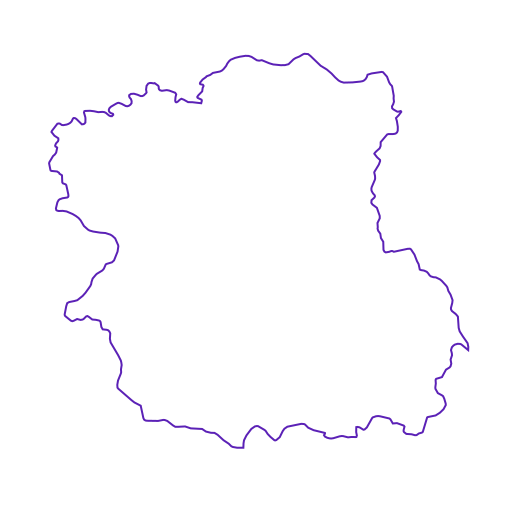 the district of Quy Hop, Nghệ An, Vietnam, rotated 262°
{"feature_id": "81297802B66096195927531", "entity_name": "Quy Hop", "entity_type": "district", "adm_level": 2, "iso_a3": "VNM", "parent_name": "Vietnam", "parent_adm1": "Nghệ An", "projection": "natural_earth1", "projection_center": [105.167, 19.322], "detail": "fine", "context": "isolated", "style": "outline", "palette": "violet", "viewbox_px": 512, "rotation_deg": 262, "n_neighbors": 0, "source": "geoboundaries", "source_scale": "gbopen_adm2", "svg_char_len": 5972}
<svg xmlns="http://www.w3.org/2000/svg" viewBox="0 0 512 512"><g transform="rotate(262 256 256)"><path d="M170.5,445.9L174.2,442.4L175.9,441.7L177.4,441.8L182.2,443.8L184.9,444.5L190.6,443.3L194.7,441.6L198.3,441.1L200.0,440.3L205.4,436.6L207.2,435.0L209.8,431.1L210.3,428.8L211.5,426.3L212.7,425.2L214.9,424.1L216.6,422.9L218.2,420.3L219.1,417.4L219.8,416.3L225.3,415.9L228.5,414.7L235.4,413.1L241.0,410.4L241.8,409.4L242.0,407.1L241.0,393.1L241.9,391.8L242.1,390.7L241.6,388.4L241.5,385.0L242.4,383.8L244.3,383.1L252.4,384.0L256.4,382.2L260.8,382.2L264.0,380.5L266.2,380.2L267.6,380.6L271.8,380.9L276.1,383.8L278.5,384.1L286.9,382.4L290.8,378.5L292.6,377.6L295.2,378.2L297.4,381.4L298.5,382.1L299.6,382.0L301.7,380.6L303.4,379.9L304.7,379.5L306.5,379.6L308.0,380.1L315.1,384.4L316.4,384.8L318.7,385.0L322.2,384.7L322.9,385.0L329.5,390.4L332.7,392.1L333.8,392.2L337.0,389.6L340.8,387.4L341.6,388.0L343.0,389.8L345.4,393.4L347.6,394.7L351.4,395.3L358.1,402.8L358.3,404.0L357.7,408.3L357.7,410.5L357.9,411.5L358.8,412.9L360.4,413.8L364.2,414.4L370.0,414.3L373.1,413.8L375.6,417.0L378.5,419.9L379.4,419.5L379.1,416.7L379.4,415.8L382.0,412.5L383.3,411.4L385.3,411.5L387.1,412.9L389.6,414.1L392.9,414.2L395.5,414.7L404.5,414.4L405.6,414.2L407.3,412.9L409.4,412.0L415.3,410.7L420.3,407.4L420.8,406.1L420.7,395.9L420.0,391.7L417.7,390.6L415.8,389.0L414.6,387.0L414.3,385.7L414.2,383.5L414.5,375.7L415.5,367.0L416.8,364.2L418.3,362.2L421.9,359.2L426.2,356.2L430.8,352.1L435.4,346.5L446.5,337.8L448.7,335.7L449.5,332.1L449.2,330.7L447.5,326.7L446.5,322.7L445.5,320.5L441.4,314.9L441.0,311.3L441.5,307.1L443.3,299.7L445.0,296.0L449.1,289.0L449.0,286.3L449.7,284.1L453.8,279.3L455.1,276.7L455.7,273.5L455.6,267.8L455.1,262.9L453.9,258.3L452.7,256.5L450.5,254.3L448.4,252.9L445.6,249.9L444.3,247.9L443.7,245.9L443.3,238.8L441.7,235.9L440.8,232.0L440.2,231.5L438.2,227.7L435.6,224.9L434.8,224.5L433.9,224.7L433.0,227.2L432.2,227.7L431.6,227.7L429.9,226.6L426.5,225.6L423.2,221.3L421.8,220.0L421.1,220.0L420.5,220.5L418.4,223.8L417.3,224.0L414.9,223.0L417.2,214.2L417.8,210.2L420.8,206.3L422.1,204.0L421.3,202.2L419.8,200.1L419.3,198.9L419.4,198.2L419.8,197.8L421.0,197.6L424.5,198.4L427.2,199.5L428.9,198.7L431.9,193.1L432.7,190.7L432.7,185.8L433.5,184.0L434.5,183.2L435.5,183.0L437.0,183.2L438.2,182.9L441.3,179.7L441.1,179.0L442.0,176.0L442.1,174.7L441.7,173.2L439.7,171.3L436.1,170.3L433.2,170.4L432.5,169.8L430.6,167.1L430.2,165.6L430.4,164.1L432.2,161.1L433.7,157.7L433.9,154.7L432.9,152.8L431.8,152.6L430.5,152.9L428.8,154.0L426.7,154.4L424.6,154.0L423.3,152.7L422.4,150.9L422.2,149.3L422.7,147.8L425.4,144.1L426.8,141.4L426.8,140.2L426.2,138.4L424.0,133.1L422.8,131.5L421.6,130.7L420.1,130.5L418.9,131.0L417.9,131.9L416.7,134.1L415.7,134.3L414.5,132.8L414.8,131.2L415.7,129.9L418.7,127.2L419.6,125.8L420.1,123.9L420.4,119.8L421.9,115.7L422.9,111.9L423.4,107.1L423.3,106.2L422.0,105.6L417.2,106.3L415.5,106.2L411.9,105.6L411.0,104.6L410.6,103.7L410.6,101.9L416.8,97.1L417.8,95.8L418.0,94.7L417.6,93.9L414.9,92.1L413.7,90.5L412.9,88.6L412.5,86.7L412.4,83.3L412.8,81.9L414.3,80.3L414.7,79.3L414.6,77.7L408.4,71.4L407.3,70.7L403.2,73.1L400.1,76.6L398.5,76.5L397.2,75.9L395.3,73.6L393.4,72.5L392.4,72.6L391.3,74.0L390.9,74.2L386.2,72.5L384.5,70.9L383.2,68.9L377.6,64.4L376.5,64.0L369.8,64.4L369.2,64.6L368.7,65.3L367.4,70.7L365.9,72.5L364.9,72.8L362.9,75.1L355.9,74.4L354.9,74.8L353.4,77.5L352.5,78.0L343.3,78.7L341.4,78.6L340.6,78.1L340.2,77.3L340.1,72.4L339.5,69.5L338.8,68.3L336.8,66.8L333.3,65.4L331.0,64.5L329.3,64.6L328.6,65.4L328.0,66.9L327.6,70.9L326.5,74.6L323.1,80.2L320.7,83.2L318.3,85.6L315.7,87.3L309.6,89.8L305.4,93.4L304.4,94.7L302.9,98.1L300.8,105.0L299.7,110.1L297.4,114.8L295.9,116.6L293.0,119.0L285.9,121.0L284.6,121.0L279.6,119.5L271.4,114.8L269.8,112.5L268.9,106.7L268.5,106.0L264.6,103.6L263.6,102.5L262.9,101.5L260.5,95.9L259.8,94.9L256.4,91.1L253.2,89.5L251.0,88.8L249.3,87.7L243.3,82.0L240.6,78.8L237.1,72.9L236.7,70.0L236.4,64.6L235.6,62.5L232.7,61.1L224.8,58.4L223.9,58.4L223.1,58.7L217.7,63.7L217.0,65.0L217.2,66.4L218.5,70.1L217.1,73.4L217.2,75.4L217.6,76.5L219.8,79.4L220.0,80.7L218.9,82.1L215.9,85.0L215.1,88.5L213.9,91.7L213.2,92.5L212.2,92.9L207.2,93.0L204.7,94.0L203.7,97.9L203.0,99.3L201.6,100.3L199.7,100.9L194.3,99.8L190.6,100.0L176.9,105.7L171.3,107.6L169.3,107.8L166.7,107.8L162.5,106.5L159.7,106.3L158.4,105.8L151.8,102.0L147.7,100.7L144.9,100.5L143.7,101.2L130.6,112.6L127.9,115.2L123.8,121.0L111.3,121.9L109.6,122.4L108.9,123.1L108.3,124.1L107.9,125.9L106.3,136.1L106.6,141.4L106.3,142.8L105.0,145.2L99.7,150.3L98.1,152.3L97.7,155.1L97.1,162.0L94.4,167.4L92.2,178.6L89.1,182.0L87.2,186.8L86.6,190.3L84.3,193.1L78.1,198.2L73.9,202.9L71.0,205.1L70.1,206.5L68.8,210.5L67.9,216.8L72.3,217.6L75.2,218.5L79.7,221.6L85.4,227.3L87.4,231.2L87.5,233.2L87.2,234.4L82.6,240.2L81.5,241.2L78.1,242.8L74.8,245.2L71.0,248.6L70.7,249.3L70.9,250.5L73.3,254.3L78.9,258.1L81.0,260.1L82.6,263.3L83.5,277.5L82.9,280.2L82.3,281.1L78.7,283.8L75.5,288.8L71.2,299.6L70.5,299.6L69.1,298.4L67.6,299.1L66.1,301.2L65.2,303.4L64.8,305.0L64.8,307.2L65.8,313.8L65.8,315.8L65.6,317.0L63.6,321.9L63.5,325.3L62.8,329.7L62.8,330.2L64.2,330.9L67.7,330.7L72.6,331.5L72.6,332.8L71.9,334.7L69.0,338.2L69.1,339.4L70.8,341.9L79.3,348.4L79.9,349.1L80.6,352.5L80.5,354.8L80.0,356.6L76.5,365.5L75.5,366.4L71.1,368.2L70.9,372.3L67.5,378.7L66.4,379.3L62.9,377.9L61.7,377.8L61.0,378.1L58.9,380.1L57.8,385.3L56.4,388.5L56.3,390.1L57.6,392.6L58.0,395.7L58.6,396.7L72.3,403.0L72.6,403.7L73.1,411.7L75.2,416.3L78.2,420.4L82.0,423.2L83.5,423.3L88.3,422.6L91.1,421.8L92.2,420.7L94.9,417.0L99.5,415.2L101.0,415.3L104.6,416.3L108.2,416.6L109.0,417.0L109.3,417.4L110.2,423.3L117.0,428.3L118.7,432.2L119.7,433.3L122.2,434.4L126.4,434.3L130.4,436.3L132.6,436.4L135.7,436.0L138.4,437.3L139.8,439.0L140.6,440.6L141.0,443.5L140.5,445.9L139.9,447.0L133.3,453.0L136.5,453.6L140.2,453.4L147.5,449.7L153.0,447.2L156.6,446.7L167.9,447.5L170.5,445.9Z" fill="none" stroke="#5b21b6" stroke-width="2"/></g></svg>